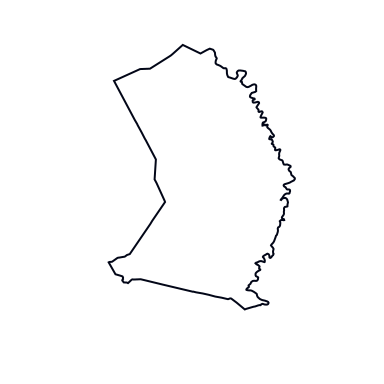 outline of Podor, Saint-Louis, Senegal, rotated 62°
{"feature_id": "50182788B66510054428140", "entity_name": "Podor", "entity_type": "district", "adm_level": 2, "iso_a3": "SEN", "parent_name": "Senegal", "parent_adm1": "Saint-Louis", "projection": "robinson", "projection_center": [-14.416, 16.094], "detail": "fine", "context": "isolated", "style": "outline", "palette": "ink", "viewbox_px": 384, "rotation_deg": 62, "n_neighbors": 0, "source": "geoboundaries", "source_scale": "gbopen_adm2", "svg_char_len": 5903}
<svg xmlns="http://www.w3.org/2000/svg" viewBox="0 0 384 384"><g transform="rotate(62 192 192)"><path d="M57.3,208.7L101.6,208.7L106.4,208.5L107.3,208.6L115.9,208.5L122.9,208.6L124.4,208.5L146.3,208.6L163.3,219.1L167.5,219.1L186.9,220.3L188.2,220.5L198.8,240.7L200.6,243.7L217.6,276.1L217.1,279.0L217.5,281.5L217.4,282.1L217.0,283.2L215.8,286.9L215.4,287.9L215.2,288.7L216.0,295.0L216.0,295.5L215.0,297.8L215.0,298.6L228.7,298.2L232.3,294.5L233.9,293.0L235.1,293.0L235.7,293.5L236.5,293.7L236.9,294.7L237.1,295.0L237.7,295.1L238.4,294.8L239.5,294.8L239.8,294.7L241.4,292.0L242.4,291.3L242.3,290.8L242.2,290.5L241.2,286.8L241.1,286.0L241.3,285.4L241.9,284.6L244.4,279.4L245.0,278.2L248.9,273.8L260.1,261.2L280.5,238.0L280.6,237.6L282.5,235.5L286.6,230.2L290.8,225.3L295.2,220.6L299.2,215.5L303.4,210.7L303.6,210.3L303.8,208.5L304.0,208.0L304.5,207.4L310.7,204.5L320.5,200.5L320.6,199.2L321.5,194.8L322.2,191.5L322.7,190.0L323.2,186.8L323.7,185.1L324.1,184.6L323.7,183.6L323.8,182.4L324.1,182.0L325.5,180.6L326.3,179.3L326.6,178.7L326.7,177.8L326.6,177.4L326.2,176.8L325.7,176.4L324.9,176.4L324.0,176.9L322.2,178.6L320.3,180.8L318.8,182.0L318.1,182.4L316.2,183.1L315.4,183.3L314.0,183.2L312.5,182.7L311.4,183.1L309.1,184.3L307.2,185.6L306.5,186.3L305.3,188.4L304.6,189.3L304.1,189.8L303.9,189.9L303.5,189.7L303.0,188.7L302.9,188.1L302.7,186.6L302.3,186.2L301.3,186.1L301.0,185.8L300.5,183.5L300.3,183.2L299.4,182.1L299.2,181.2L299.1,180.1L299.4,179.2L299.7,178.6L300.5,177.3L300.8,176.5L300.7,176.0L300.6,175.6L300.2,174.9L299.7,174.5L298.5,173.7L298.1,173.8L297.5,174.2L296.4,175.0L295.7,175.0L295.2,174.9L294.1,174.3L293.6,173.8L293.1,172.4L292.8,170.3L292.9,168.6L292.7,168.2L292.4,168.1L291.4,168.6L291.0,168.6L290.6,168.4L289.6,167.4L289.3,167.3L287.6,167.9L286.1,169.0L285.5,169.2L284.7,169.4L284.5,168.5L284.8,167.4L284.8,165.3L285.1,164.1L285.7,163.1L287.9,161.0L287.9,160.7L287.0,160.0L286.0,159.7L285.3,159.6L284.0,159.6L283.0,159.9L282.6,159.9L282.2,159.4L282.0,158.4L281.9,155.5L281.8,154.9L282.0,154.2L283.1,153.5L284.1,153.5L284.8,153.6L285.7,154.2L286.3,154.3L286.7,154.1L287.0,153.7L286.9,152.8L286.0,150.9L285.8,150.0L285.3,149.4L284.9,149.0L284.4,149.1L284.0,149.0L282.4,148.3L280.8,146.9L280.5,146.7L279.3,146.7L277.1,147.2L276.2,147.3L275.7,146.5L274.8,143.9L273.8,142.4L271.1,139.4L270.0,138.3L269.8,137.4L269.4,136.9L267.6,135.1L267.0,134.6L266.2,134.1L264.6,133.5L264.0,132.9L263.7,132.5L263.7,131.3L263.5,130.8L262.8,129.9L260.9,128.6L260.4,128.4L259.0,128.2L258.8,127.6L258.6,126.5L259.3,125.1L259.9,124.4L260.1,123.8L259.4,123.6L259.0,123.7L258.7,124.2L257.9,124.7L257.3,124.8L256.7,124.6L256.4,124.3L255.3,122.1L254.7,121.3L254.2,120.9L252.6,120.2L251.3,119.2L250.5,118.9L249.5,118.4L249.0,117.6L248.8,117.0L249.5,114.8L249.5,114.5L247.8,113.5L246.2,112.1L243.4,111.5L242.6,111.6L241.8,111.9L241.2,112.2L240.9,112.7L240.5,113.7L240.2,115.0L240.3,115.6L240.9,117.1L240.6,117.3L240.4,117.0L239.5,114.8L238.3,112.7L237.9,111.8L237.7,111.0L237.7,109.3L238.2,108.3L238.8,107.5L239.0,106.9L238.8,106.4L238.2,106.0L237.8,105.4L237.3,105.0L236.4,104.6L235.7,104.8L235.2,105.3L234.5,106.7L234.0,107.0L231.7,107.2L230.6,107.9L229.9,108.1L229.2,108.0L228.8,107.6L228.6,106.9L228.7,106.1L229.4,102.7L229.6,101.0L229.5,100.0L229.6,96.6L228.9,95.2L228.1,94.7L225.5,95.4L224.0,96.1L223.5,96.2L221.0,95.5L220.6,95.5L219.0,96.2L217.6,96.2L217.0,95.8L216.6,95.3L216.4,94.4L216.2,93.3L215.9,93.0L215.4,92.8L214.9,93.0L212.7,94.7L212.3,95.2L211.6,96.9L210.9,97.9L210.4,98.0L209.5,97.9L207.1,97.4L206.4,97.5L204.4,99.3L203.5,99.6L202.8,99.6L201.3,98.2L200.7,97.8L199.4,97.3L198.3,96.5L196.8,94.6L196.2,94.2L195.7,94.3L195.3,94.8L195.2,96.0L194.6,98.2L194.4,98.6L194.1,98.9L193.6,98.8L192.2,97.8L191.8,97.7L190.1,98.5L189.5,98.4L188.5,97.9L187.9,98.1L187.0,98.9L186.7,98.8L186.3,97.9L185.8,97.3L185.4,97.0L184.5,96.9L183.5,96.9L183.0,97.1L182.5,97.6L182.2,98.3L181.5,98.9L181.2,98.8L180.3,97.9L179.9,97.4L179.5,96.6L180.0,96.3L181.1,96.1L181.4,95.5L181.5,94.9L181.3,93.9L181.0,93.3L180.3,93.1L179.7,93.2L178.2,93.6L176.6,93.8L174.7,93.7L173.9,93.8L173.2,94.0L170.9,95.0L170.1,95.1L169.8,95.0L169.2,94.6L168.6,93.9L168.3,93.7L167.8,94.0L167.7,95.3L167.6,95.9L167.4,96.2L166.6,96.1L166.4,96.3L166.0,96.8L166.7,98.2L166.5,98.6L166.0,98.4L165.1,97.9L164.3,97.2L164.0,96.7L164.2,94.8L164.1,93.8L163.7,93.3L163.1,92.7L162.2,92.1L161.9,92.0L161.3,92.1L160.6,92.8L159.7,94.3L159.1,95.6L158.5,96.4L158.1,96.4L157.6,95.9L156.7,94.8L155.3,92.7L155.0,92.3L154.5,92.2L153.9,92.2L153.4,92.7L153.1,93.8L152.9,95.1L152.6,95.4L152.2,95.5L150.9,94.8L150.4,94.7L147.9,95.3L147.5,95.3L147.2,95.0L146.3,93.3L145.1,91.1L144.4,90.8L143.5,91.3L143.2,91.8L142.7,94.0L142.0,95.7L141.7,96.0L141.0,96.1L139.7,95.5L139.5,95.1L139.4,94.7L139.6,93.9L139.6,93.2L139.4,93.0L138.8,93.0L137.9,94.1L136.8,95.1L135.9,95.9L135.1,96.1L134.4,95.7L133.8,95.1L133.4,94.4L132.6,92.7L133.3,89.3L133.1,88.0L131.0,87.0L128.6,85.5L127.6,85.4L127.2,85.5L126.4,86.1L126.0,87.0L125.7,88.4L125.8,89.6L125.8,92.6L125.5,93.7L124.7,94.7L120.5,96.8L120.0,96.9L119.0,96.5L118.1,96.3L117.9,96.5L117.6,97.1L117.2,97.2L116.9,97.0L116.4,95.7L115.7,94.8L115.5,94.3L115.1,93.9L114.6,91.6L114.4,90.8L114.1,90.3L113.0,88.9L112.6,88.6L111.4,88.2L110.5,88.3L109.0,90.0L107.3,92.4L106.6,93.9L106.7,94.9L107.3,96.1L107.6,96.4L108.6,96.7L109.7,96.7L110.6,96.9L111.0,97.2L111.6,98.1L111.8,98.4L111.8,98.6L112.1,99.1L112.4,100.3L112.4,100.8L112.2,101.3L111.3,102.4L108.6,104.9L108.0,105.6L107.3,106.1L105.0,105.9L104.5,105.7L103.7,105.5L101.1,104.2L99.6,103.8L99.1,103.8L98.5,104.2L98.0,105.1L97.9,105.5L97.4,106.1L94.1,107.7L92.4,109.0L91.1,110.2L89.8,110.7L89.1,110.6L87.7,109.7L86.8,108.9L86.5,108.4L85.7,107.5L85.5,107.4L85.0,107.4L83.3,107.6L81.8,107.2L79.7,106.3L77.4,106.4L76.6,106.5L76.2,106.7L73.8,109.0L73.6,112.4L73.7,119.5L57.8,131.1L61.0,144.1L61.5,146.4L61.7,148.4L63.4,171.2L59.1,180.1L57.3,208.7Z" fill="none" stroke="#020617" stroke-width="2"/></g></svg>